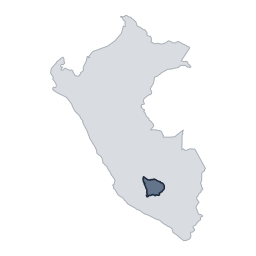 Peru, with Apurímac highlighted
{"feature_id": "PER-569", "entity_name": "Apurímac", "entity_type": "Department", "adm_level": 1, "iso_a3": "PER", "parent_name": "Peru", "parent_adm1": "", "projection": "orthographic", "projection_center": [-73.045, -14.013], "detail": "fine", "context": "in_parent", "style": "filled", "palette": "slate", "viewbox_px": 256, "rotation_deg": 0, "n_neighbors": 0, "source": "natural_earth", "source_scale": "10m", "svg_char_len": 5824}
<svg xmlns="http://www.w3.org/2000/svg" viewBox="0 0 256 256"><path d="M190.8,66.4L190.7,67.2L189.7,67.5L188.7,67.0L187.4,67.1L185.3,65.3L180.5,65.5L178.3,67.6L175.1,68.1L171.5,69.0L167.5,69.4L161.3,72.9L159.8,74.3L157.0,76.3L154.6,77.0L153.5,83.3L151.2,86.9L150.3,88.9L151.6,92.0L151.6,93.5L150.3,94.7L149.2,94.8L147.1,96.1L143.9,98.9L143.3,101.0L144.4,103.9L144.0,104.2L141.4,104.7L141.5,106.3L140.9,106.9L143.1,109.2L144.4,109.7L144.5,110.3L144.3,110.8L143.8,111.1L143.7,111.6L145.3,113.3L146.5,116.6L148.8,118.3L148.9,119.4L149.5,120.4L150.8,121.2L153.6,124.6L153.6,126.2L150.7,129.8L155.5,129.8L160.8,131.0L161.6,131.6L162.2,133.2L162.3,134.3L163.4,135.2L163.2,137.1L170.2,137.2L174.8,136.7L182.1,130.8L183.3,130.3L182.7,131.6L182.6,132.5L183.0,133.6L182.1,135.0L181.9,149.7L183.3,148.9L185.0,150.3L186.2,150.4L190.2,148.8L194.9,149.2L205.4,168.5L204.5,169.8L204.5,170.8L203.2,171.6L201.8,173.2L201.6,180.8L200.5,183.1L201.1,184.3L201.6,186.8L202.6,188.2L202.8,189.2L202.7,189.5L201.2,190.3L201.1,191.7L198.4,194.4L197.9,196.2L196.9,196.8L196.6,198.9L199.0,202.3L197.4,204.3L195.9,207.3L198.3,213.6L199.2,214.6L200.3,214.5L201.8,215.1L202.7,216.1L200.7,217.2L200.4,217.7L200.5,219.8L198.3,221.3L195.4,225.2L194.7,225.4L193.2,226.6L192.9,227.2L193.2,227.8L194.4,228.9L194.5,230.4L192.4,232.1L191.0,232.3L190.4,232.8L190.9,235.2L190.9,236.3L190.5,237.6L189.4,239.0L186.4,240.4L183.6,240.6L179.0,237.0L177.5,235.5L172.9,232.3L172.2,229.1L170.6,227.5L167.7,226.3L165.5,224.6L163.8,223.9L159.6,220.2L155.7,219.0L148.5,215.2L144.6,213.9L139.6,210.4L136.9,209.4L134.7,207.8L128.1,204.2L127.0,203.1L126.0,201.4L124.5,200.3L122.9,197.9L120.4,196.5L118.0,194.7L115.1,189.7L113.7,188.5L113.6,186.3L112.6,185.2L114.0,184.4L114.9,180.9L114.4,179.1L110.9,174.3L110.3,172.4L107.8,168.7L106.9,166.5L104.9,164.9L104.0,163.6L102.9,163.0L102.8,161.3L102.0,158.1L100.9,156.5L97.0,153.5L96.5,150.3L95.6,148.0L90.0,138.8L86.7,130.0L84.0,125.2L82.8,122.3L82.7,120.8L80.7,118.2L79.6,115.9L75.1,111.4L72.4,106.3L72.0,104.8L70.2,102.0L67.3,98.4L65.9,97.0L57.3,92.8L53.2,90.1L52.7,88.8L52.9,87.9L53.7,87.1L55.0,87.7L55.7,87.4L56.3,86.4L56.3,84.9L55.5,82.9L52.7,79.2L53.4,77.5L50.6,73.2L51.2,69.0L51.8,67.9L55.9,63.4L57.0,61.5L58.8,60.3L60.6,58.5L62.8,57.2L63.5,57.6L64.1,59.9L64.0,61.4L64.7,63.1L63.1,64.7L61.5,64.4L60.9,64.8L60.6,65.5L60.9,66.7L61.3,67.2L62.6,67.2L60.9,69.5L61.0,69.9L62.2,70.3L63.3,69.7L64.5,68.4L65.2,68.2L69.4,70.3L71.4,69.9L72.9,70.9L73.1,72.5L75.2,75.6L78.3,76.3L78.8,76.0L79.5,74.8L80.2,74.6L80.4,72.9L83.1,70.9L83.5,69.7L83.1,68.8L83.1,68.1L84.7,63.9L85.2,63.4L85.7,62.1L86.3,61.3L87.2,56.6L87.9,56.6L88.6,57.7L89.5,57.4L89.0,56.4L89.2,56.0L92.2,52.2L93.1,51.4L107.7,46.1L115.0,40.8L121.4,33.4L123.4,26.0L124.1,26.5L125.4,26.3L124.9,23.4L125.2,22.0L125.2,21.6L123.2,19.8L122.4,17.9L120.6,16.8L120.7,16.4L122.6,16.8L124.2,16.6L125.7,15.4L126.7,15.5L129.1,17.1L130.9,17.2L131.5,18.4L133.2,19.3L135.7,21.8L136.8,24.5L136.7,25.0L137.8,26.5L140.2,27.2L142.6,29.2L145.0,29.8L146.1,31.7L146.8,32.2L147.1,33.3L146.7,34.5L147.1,35.2L148.9,36.3L150.5,36.3L150.8,36.8L151.7,39.9L151.1,41.4L151.3,42.3L153.4,43.0L154.0,43.7L155.6,43.8L157.9,43.2L160.7,44.1L162.9,43.8L164.0,43.5L165.0,42.9L165.8,42.9L168.1,41.0L168.7,40.8L171.1,41.7L173.1,43.0L175.6,42.8L176.6,42.0L178.4,41.5L181.7,43.2L182.4,44.0L183.3,44.1L186.8,45.8L187.4,46.5L189.2,47.1L189.6,47.7L189.5,48.2L181.3,60.7L183.8,61.8L186.2,61.2L187.4,62.0L188.3,64.1L190.1,65.5L190.8,66.4Z" fill="#d9dde1" stroke="#a8b0b8" stroke-width="1"/><path d="M154.1,179.1L154.4,179.1L154.5,179.2L154.5,179.3L154.6,179.5L155.2,179.6L155.6,179.6L156.0,179.8L156.8,180.5L157.7,180.9L157.8,181.0L158.0,181.2L158.6,181.3L159.1,181.4L159.2,181.5L159.3,181.6L159.5,181.6L159.9,181.6L160.1,181.6L160.3,181.8L160.5,182.2L160.4,182.3L160.5,182.4L160.8,182.6L161.2,182.9L161.4,182.9L162.0,182.9L162.5,183.2L162.5,183.3L163.3,184.0L163.5,184.2L163.6,184.5L163.9,185.0L164.1,185.5L164.3,185.9L164.3,188.0L163.9,189.3L163.8,189.6L163.7,189.7L163.6,189.8L163.2,190.0L162.7,190.6L162.5,190.9L162.3,191.1L162.0,191.7L161.9,191.8L161.5,191.9L161.3,192.0L161.1,192.1L160.9,192.1L160.7,192.2L160.6,192.3L160.5,192.5L160.3,192.7L160.1,192.8L159.8,192.9L159.6,192.9L159.5,193.0L159.4,193.2L159.3,193.3L159.2,193.4L159.2,193.5L159.2,193.8L159.4,194.1L159.5,194.2L159.5,194.4L159.5,194.7L159.4,195.0L158.4,195.3L158.2,195.3L157.9,195.3L157.8,195.2L157.7,195.1L157.3,195.1L156.9,195.1L156.7,195.1L156.5,194.9L156.3,194.9L156.1,194.8L155.9,194.8L155.7,195.0L155.4,195.2L155.1,195.7L154.3,195.3L154.1,195.2L153.8,194.9L153.5,194.8L153.2,194.6L152.9,194.4L152.8,194.5L152.7,194.7L152.6,194.8L152.3,194.9L152.1,194.9L151.8,194.9L151.7,195.1L151.3,195.2L151.0,195.3L150.5,195.4L150.2,195.5L149.9,195.5L149.7,195.5L149.5,195.4L149.2,195.3L148.9,195.4L148.8,195.5L148.7,195.7L148.7,195.8L148.4,196.1L148.2,196.4L148.1,196.5L147.9,196.6L147.6,196.7L147.2,196.8L146.8,196.6L146.4,195.3L146.4,195.2L146.5,195.2L146.8,195.2L147.0,195.1L147.3,194.0L147.2,193.7L147.0,193.4L146.8,192.9L146.7,192.6L146.8,191.9L146.9,191.0L146.9,190.5L146.8,190.0L146.8,189.8L146.8,189.7L146.8,189.4L146.4,188.8L146.1,188.4L146.0,188.2L145.9,188.0L145.7,187.5L145.6,186.7L144.3,184.1L144.2,183.8L144.7,183.6L144.9,183.6L144.9,183.3L144.7,183.0L144.4,182.6L144.2,182.4L143.8,182.3L143.7,182.2L143.4,181.7L143.3,180.6L143.2,180.2L143.2,179.7L143.0,179.4L143.0,178.9L143.1,178.6L143.3,178.2L143.2,177.8L143.2,177.6L143.4,177.3L143.4,177.0L143.5,176.9L143.8,176.8L144.0,176.9L144.1,177.1L144.3,177.3L144.5,177.5L146.6,178.9L146.8,179.0L147.3,179.5L147.6,179.7L148.8,179.9L149.2,180.0L149.3,180.0L149.5,180.0L150.1,180.1L150.3,180.1L150.4,179.9L150.5,179.6L151.0,179.6L151.3,179.6L151.7,179.6L151.9,179.8L152.1,179.9L152.4,179.8L152.6,179.5L152.8,179.5L153.0,179.5L153.5,179.2L154.1,179.1Z" fill="#64748b" stroke="#1e293b" stroke-width="1.5"/></svg>